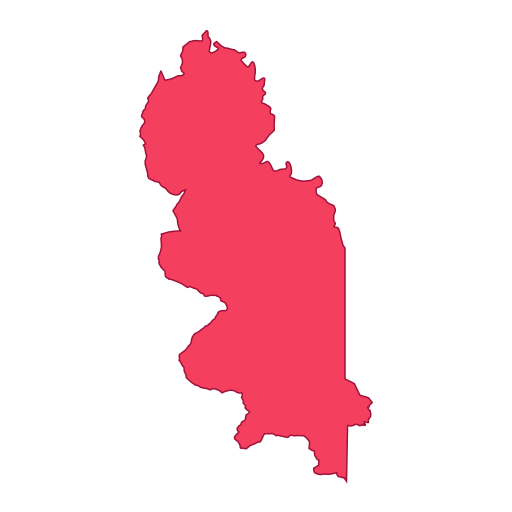 Huong Hoa, Quảng Trị, Vietnam (Mercator projection), rotated 180°
{"feature_id": "81297802B55643895945103", "entity_name": "Huong Hoa", "entity_type": "district", "adm_level": 2, "iso_a3": "VNM", "parent_name": "Vietnam", "parent_adm1": "Quảng Trị", "projection": "mercator", "projection_center": [106.685, 16.705], "detail": "fine", "context": "isolated", "style": "filled", "palette": "rose", "viewbox_px": 512, "rotation_deg": 180, "n_neighbors": 0, "source": "geoboundaries", "source_scale": "gbopen_adm2", "svg_char_len": 6053}
<svg xmlns="http://www.w3.org/2000/svg" viewBox="0 0 512 512"><g transform="rotate(180 256 256)"><path d="M332.8,155.2L332.4,154.4L332.9,151.4L331.9,150.8L329.5,146.1L328.7,145.5L327.9,144.3L327.9,141.8L327.4,140.0L326.0,137.2L325.7,134.3L320.0,129.2L317.6,127.7L317.1,127.1L314.2,126.5L311.3,124.7L307.8,123.8L305.2,123.5L303.9,122.8L301.3,122.2L299.6,123.4L296.5,123.0L294.4,122.1L293.3,122.0L289.9,119.2L286.4,120.8L281.4,121.9L277.5,121.2L275.9,120.1L273.4,119.0L270.1,119.0L269.7,116.5L270.5,114.5L268.5,110.9L268.9,109.1L266.2,105.9L266.7,105.1L266.9,104.1L266.6,103.6L262.4,100.0L262.5,99.5L263.4,98.6L265.9,97.1L266.7,92.6L267.2,91.5L269.9,90.3L270.8,89.0L271.1,87.2L273.0,86.3L274.9,83.6L274.4,81.3L273.5,80.5L273.2,79.7L275.5,77.7L277.6,74.9L277.0,72.7L274.1,70.5L273.2,69.2L271.8,66.2L271.7,64.3L271.0,63.7L269.7,63.9L265.8,63.2L262.0,66.4L257.1,68.3L253.9,70.0L252.3,69.9L251.1,71.0L248.4,76.9L247.2,78.3L242.7,78.2L239.6,78.5L235.3,76.2L234.5,76.7L233.8,76.6L224.8,74.6L224.1,74.7L221.9,76.6L221.0,76.9L220.1,76.9L218.8,76.4L217.2,76.2L214.8,76.5L208.0,76.2L205.7,74.3L202.6,70.6L202.5,68.3L203.0,63.8L202.7,63.1L201.3,62.8L200.5,61.8L199.9,61.5L197.9,61.2L197.6,60.8L197.5,58.1L197.0,56.2L195.6,54.0L195.4,53.1L193.0,51.5L193.4,48.5L193.2,47.0L198.2,43.8L198.3,41.6L197.4,39.4L194.3,37.9L191.5,37.4L188.0,38.0L183.8,37.7L179.9,38.2L175.3,39.3L175.0,37.4L174.6,36.5L173.4,35.3L170.1,34.8L169.4,34.3L168.0,34.3L165.5,30.7L164.5,84.4L164.2,86.6L161.0,86.0L157.7,87.0L156.7,87.7L155.9,87.8L153.6,87.2L153.2,86.6L152.6,86.6L152.2,86.3L151.3,86.4L150.2,87.3L148.8,86.6L148.3,87.0L148.1,87.7L147.7,86.9L147.1,86.7L146.8,86.8L146.6,87.6L147.8,89.2L147.7,90.1L147.2,90.3L144.4,89.5L143.7,89.5L143.5,89.8L143.6,91.8L142.8,93.8L141.5,95.2L141.2,98.5L141.9,100.4L141.8,101.4L142.9,102.1L143.9,103.5L144.3,104.9L143.0,105.0L142.5,106.7L139.8,109.5L143.5,114.2L152.1,116.8L157.7,128.4L167.0,133.1L167.0,264.0L169.2,266.8L169.3,268.2L171.0,273.8L172.3,280.3L173.5,283.6L174.6,284.5L177.8,285.0L177.9,285.8L176.9,287.5L176.7,288.8L177.8,290.4L178.3,291.8L178.3,296.9L177.0,300.0L176.7,302.0L176.9,303.4L178.3,306.5L181.9,307.9L184.0,309.1L185.4,310.3L186.7,312.4L194.1,316.9L195.6,318.4L195.9,320.2L195.8,323.6L195.2,324.2L192.1,325.3L191.2,325.9L190.4,327.0L189.6,329.0L190.3,332.6L192.3,335.4L193.1,335.8L194.8,335.4L201.1,331.6L207.3,330.9L210.1,330.9L215.2,332.0L222.0,335.0L222.2,336.1L220.8,338.1L220.4,341.0L221.4,346.7L222.7,349.3L223.5,350.0L224.7,350.2L225.8,349.2L225.9,347.7L225.3,346.2L225.3,345.4L225.4,344.4L226.4,343.1L231.8,342.6L235.3,341.1L236.9,340.9L237.9,341.0L238.6,341.4L242.0,348.3L243.9,350.4L245.3,350.5L248.6,348.7L252.1,348.3L252.2,349.1L251.9,349.6L249.8,351.7L248.5,354.2L248.4,356.6L249.6,359.0L255.7,365.1L256.1,365.8L255.9,366.8L255.2,367.4L253.1,367.9L250.1,369.0L246.8,371.4L242.7,377.1L238.2,381.2L237.8,381.8L237.6,383.2L237.9,386.3L237.4,395.3L237.6,396.3L238.9,397.4L241.3,398.2L241.6,398.7L241.8,400.3L241.2,403.5L242.5,405.3L247.2,408.1L249.4,408.9L250.3,409.6L250.6,410.2L250.5,411.1L250.0,411.4L249.3,412.6L249.3,415.7L248.8,416.4L246.8,417.8L246.5,418.5L246.6,419.6L248.9,421.6L249.6,422.6L249.6,423.3L249.3,424.6L247.9,426.7L247.3,432.2L247.4,433.6L248.0,434.0L249.1,433.9L253.7,431.0L255.8,430.9L257.1,431.7L257.4,432.4L257.5,434.2L256.8,439.5L256.7,442.4L257.3,446.7L258.5,449.6L259.5,450.1L260.3,449.8L263.5,445.3L264.0,445.2L265.1,445.5L268.2,448.4L270.9,451.6L270.5,453.0L269.4,453.9L267.2,454.9L266.4,456.2L266.2,457.2L266.5,458.7L267.4,459.7L268.8,459.8L273.2,459.1L277.5,462.1L280.7,462.7L283.9,463.7L287.5,464.2L291.0,466.3L295.3,470.4L297.5,469.1L298.2,468.2L298.2,467.3L297.4,466.1L293.8,463.9L293.7,463.1L294.0,462.6L297.1,460.3L300.0,459.1L300.6,459.0L302.1,459.8L302.7,460.8L302.7,461.6L301.3,468.7L301.2,470.9L302.5,473.9L303.9,475.3L304.1,480.0L304.5,480.9L305.2,481.3L306.1,480.9L307.0,479.6L309.7,476.9L309.9,476.0L309.4,473.6L309.4,472.0L309.8,471.3L310.7,471.0L315.6,471.4L318.7,471.3L320.5,470.6L322.4,470.4L329.0,465.0L329.2,461.1L331.4,456.7L331.4,455.9L329.9,453.3L329.5,450.3L329.7,448.5L331.5,444.2L330.6,442.5L330.5,441.1L327.9,438.6L328.3,437.5L329.8,436.7L330.2,436.2L332.2,436.4L334.3,436.1L339.4,433.6L343.6,432.4L347.1,431.8L350.9,440.7L351.2,440.8L353.2,435.6L353.6,431.8L354.0,430.3L361.0,418.0L363.0,415.9L364.4,413.7L363.5,412.1L363.6,410.2L366.3,406.2L366.9,402.7L368.3,401.9L369.1,400.4L369.6,398.3L370.5,396.1L370.4,395.6L370.1,394.9L368.3,393.4L367.4,391.7L367.3,390.4L367.6,389.0L369.9,386.1L370.2,385.0L371.0,384.3L371.0,383.2L372.1,381.1L371.4,377.4L372.2,375.6L369.5,373.3L368.2,371.7L366.4,368.2L368.7,366.9L367.2,364.3L366.2,358.4L365.3,356.1L366.0,353.1L366.9,351.2L366.7,347.2L365.5,343.2L364.2,337.7L364.3,335.9L363.6,334.6L363.4,333.8L361.0,332.4L358.5,331.5L357.6,330.6L353.0,329.9L351.0,326.6L349.3,325.2L346.2,323.5L343.7,320.3L341.5,318.6L337.9,317.3L335.0,317.0L333.4,317.4L331.6,318.8L330.5,320.5L326.3,322.2L326.4,321.6L327.1,321.0L328.0,318.3L330.2,315.6L332.8,310.2L335.1,307.5L335.9,305.7L339.0,301.6L338.8,300.8L334.8,293.5L334.1,287.7L332.3,282.3L331.5,281.2L337.5,280.8L342.9,280.1L350.7,277.9L350.3,275.9L351.0,273.8L350.5,265.2L351.8,259.6L353.4,256.0L353.7,254.7L353.5,252.8L352.6,251.2L353.2,249.7L352.7,248.0L350.6,244.3L349.5,243.5L348.5,242.1L347.3,241.4L347.0,240.8L346.7,236.2L346.2,235.1L345.2,234.2L344.1,233.8L343.2,232.9L340.9,232.6L336.9,231.2L330.3,228.3L324.7,224.7L324.2,224.6L322.1,225.5L318.4,223.9L315.1,222.9L312.6,220.1L310.7,218.7L309.4,218.5L308.5,217.9L307.5,216.1L306.7,215.7L304.4,215.9L301.4,216.7L295.7,216.6L295.2,215.9L293.7,215.6L291.5,213.7L291.3,213.1L291.5,212.2L291.0,211.2L287.4,209.6L286.6,208.7L285.5,206.8L284.6,204.2L285.0,202.6L285.8,201.4L289.8,201.4L292.6,200.7L294.0,199.4L294.1,198.4L296.2,195.5L297.1,193.3L299.5,191.7L301.7,188.7L303.6,187.7L303.8,186.9L305.1,186.1L306.6,186.0L307.8,184.5L314.2,179.7L316.7,178.6L317.8,177.7L319.6,175.0L320.2,173.4L320.9,169.5L321.8,167.6L323.4,166.2L326.2,162.2L332.3,157.6L332.7,157.0L332.8,155.2Z" fill="#f43f5e" stroke="#9f1239" stroke-width="1.5"/></g></svg>